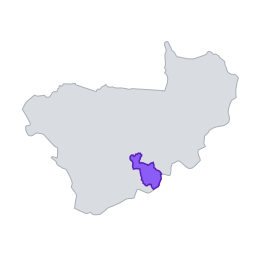 Yatenga highlighted on a map of Burkina Faso, rotated 184°
{"feature_id": "BFA-2823", "entity_name": "Yatenga", "entity_type": "Province", "adm_level": 1, "iso_a3": "BFA", "parent_name": "Burkina Faso", "parent_adm1": "", "projection": "natural_earth1", "projection_center": [-2.299, 13.586], "detail": "fine", "context": "in_parent", "style": "filled", "palette": "violet", "viewbox_px": 256, "rotation_deg": 184, "n_neighbors": 0, "source": "natural_earth", "source_scale": "10m", "svg_char_len": 4513}
<svg xmlns="http://www.w3.org/2000/svg" viewBox="0 0 256 256"><g transform="rotate(184 128 128)"><path d="M194.7,167.6L187.7,167.9L185.2,168.8L183.7,168.8L183.6,168.1L183.4,167.6L174.7,165.2L168.5,163.7L162.3,162.1L161.9,163.6L161.0,164.6L159.7,164.7L158.8,164.5L158.1,165.6L157.1,167.1L155.7,167.9L154.2,168.8L153.4,169.7L152.9,169.7L151.4,167.7L149.5,167.5L146.0,167.9L144.4,167.3L142.2,167.1L137.1,167.5L128.9,166.7L127.6,167.1L127.2,167.5L119.1,167.6L110.2,167.7L102.7,167.7L96.1,167.8L96.1,167.5L94.0,167.4L93.8,168.1L91.9,175.9L91.7,180.2L92.7,182.8L93.8,184.5L95.1,185.2L95.2,186.2L94.2,187.4L94.3,188.7L95.4,190.0L95.7,191.3L95.1,192.8L95.3,196.2L96.1,201.7L96.2,205.2L95.3,206.8L95.7,209.6L97.3,213.5L97.6,215.1L97.0,215.9L95.7,216.9L94.4,216.9L92.8,214.5L92.1,213.4L90.8,211.0L89.7,208.6L88.3,207.6L86.8,206.6L85.1,203.6L83.4,202.1L81.6,202.5L79.0,201.9L73.7,201.2L68.1,201.4L65.7,202.1L63.4,203.2L57.5,205.7L55.2,206.9L53.4,209.9L51.4,209.9L49.4,208.9L48.2,207.5L45.5,207.8L42.9,206.5L40.4,203.8L38.6,202.9L36.2,201.0L35.6,197.4L34.1,194.8L32.7,191.2L30.7,189.6L28.3,188.8L25.1,188.9L23.0,187.5L21.3,185.4L21.8,183.6L22.5,181.1L22.6,178.6L23.1,174.6L22.8,169.6L22.2,166.1L24.0,164.6L26.1,163.3L27.4,160.9L28.8,155.6L29.3,151.0L28.9,149.3L28.2,147.9L27.7,145.9L27.4,143.5L27.8,141.4L29.3,139.4L31.3,137.8L32.7,137.0L36.4,136.2L41.0,134.9L43.7,133.5L45.6,132.2L46.7,131.1L47.8,128.8L49.6,127.1L51.0,125.3L51.2,120.4L51.2,117.7L50.2,116.1L49.6,114.8L56.4,111.0L56.5,108.3L55.5,105.3L54.2,102.8L53.7,100.7L55.6,98.3L57.3,96.4L58.5,94.9L61.2,92.5L64.0,91.8L66.5,92.7L74.0,98.4L75.3,98.7L76.8,98.3L78.8,96.8L81.4,95.7L82.3,91.9L82.2,86.3L82.8,83.8L84.2,83.3L88.4,84.4L89.6,84.4L90.8,84.1L91.7,83.1L91.7,81.3L91.5,79.7L92.9,74.6L95.4,70.7L100.6,65.9L102.2,64.9L104.1,64.4L113.3,67.7L114.8,66.9L117.1,58.7L119.6,57.9L122.6,57.7L124.6,57.0L125.6,56.5L130.0,53.3L137.7,49.1L141.9,47.2L142.7,46.6L145.7,43.5L149.6,40.1L152.2,39.4L155.7,39.1L157.9,39.7L158.5,40.7L159.2,41.2L163.7,39.7L170.3,42.0L175.9,44.3L175.5,45.8L175.5,48.4L175.1,52.5L174.5,57.4L176.8,60.6L179.7,64.0L180.4,65.3L179.7,68.7L180.2,70.6L181.7,73.9L184.2,78.1L186.8,82.4L188.6,82.9L190.3,83.3L191.3,84.0L192.8,84.8L194.3,85.3L195.6,86.2L196.5,87.1L197.6,89.8L200.5,91.5L202.5,93.2L201.7,94.1L199.2,93.8L196.8,93.0L196.5,94.3L196.4,99.1L196.8,103.2L197.4,103.7L199.7,104.5L205.5,109.7L210.7,114.7L212.4,116.0L215.3,116.4L218.5,116.7L219.8,116.2L222.9,113.7L224.6,113.4L226.1,113.5L226.9,113.9L228.4,115.9L229.8,119.0L230.2,121.3L230.1,122.5L229.6,123.0L227.1,123.6L226.0,124.0L225.7,124.7L226.1,126.2L226.6,127.2L229.4,131.7L233.5,137.6L234.7,139.2L234.0,141.0L232.0,145.7L230.5,147.6L223.7,154.2L220.4,153.4L213.5,154.8L212.4,153.3L210.8,153.1L208.8,153.3L208.1,153.9L207.9,154.6L207.1,155.5L205.9,158.1L204.9,158.8L203.6,159.2L202.1,159.1L201.3,159.5L201.2,160.8L201.0,161.9L200.0,162.5L199.5,163.7L199.6,165.0L199.0,165.6L197.7,165.2L196.9,164.9L196.2,166.5L195.3,167.6L194.7,167.6Z" fill="#d9dde1" stroke="#a8b0b8" stroke-width="1"/><path d="M93.1,73.0L93.8,71.7L97.7,69.2L98.2,68.6L99.7,70.1L100.6,71.6L100.9,72.4L100.8,73.1L101.1,73.3L101.7,73.5L102.1,73.5L102.4,73.2L102.9,73.0L103.3,73.2L103.7,73.1L104.0,72.6L104.4,72.1L105.1,71.7L106.0,71.7L106.9,72.2L108.0,73.5L108.7,73.7L109.1,74.0L109.3,75.7L109.7,76.4L110.5,76.7L111.0,77.3L110.8,78.3L110.8,79.3L111.4,80.7L111.6,81.0L112.4,83.8L113.3,87.9L113.8,88.0L114.8,88.0L115.6,88.0L116.3,88.2L117.7,87.9L118.5,87.8L119.7,87.4L120.7,89.9L120.6,93.0L120.7,93.8L121.1,94.4L121.7,95.2L121.9,95.8L122.5,95.8L123.2,96.3L123.7,97.3L123.9,98.1L123.9,99.1L123.7,99.7L123.4,100.3L123.3,100.6L122.4,101.2L121.0,101.4L120.5,100.5L119.9,100.0L119.2,100.5L118.9,101.0L118.5,102.4L117.9,102.6L117.4,102.4L116.9,102.3L116.6,102.7L116.3,103.3L115.9,103.6L114.3,103.5L114.0,103.6L113.6,102.9L112.9,102.5L112.4,101.9L112.5,101.0L112.6,100.9L113.0,100.7L113.2,99.9L113.4,99.8L113.6,99.7L113.8,99.4L113.8,99.1L113.6,98.7L113.6,98.4L113.9,97.4L114.6,96.2L114.3,95.4L114.2,94.8L114.2,94.3L114.0,93.9L113.4,93.7L112.0,94.4L111.6,94.2L110.8,94.2L110.0,94.0L107.7,93.1L106.3,93.0L105.9,92.6L105.6,92.3L104.6,92.7L104.1,93.1L103.9,93.4L103.6,93.6L103.1,94.2L102.5,94.6L101.8,94.9L100.7,95.1L100.5,95.3L100.3,94.6L99.6,93.1L99.5,91.7L99.5,91.1L99.4,90.4L99.2,90.1L98.6,89.8L98.1,89.7L97.6,89.2L97.4,88.5L96.7,88.1L94.2,87.5L93.3,86.9L92.1,85.6L91.6,84.8L91.4,84.5L91.4,84.4L92.3,84.0L91.6,81.0L91.4,79.3L91.9,78.1L92.3,77.2L93.4,73.2L93.2,73.0L93.1,73.0Z" fill="#8b5cf6" stroke="#5b21b6" stroke-width="1.5"/></g></svg>